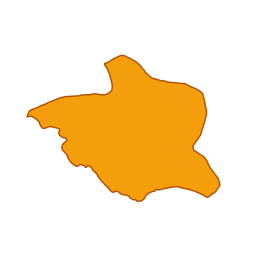 Irele, Ondo, Nigeria, rotated 101°
{"feature_id": "59680162B53064832422435", "entity_name": "Irele", "entity_type": "district", "adm_level": 2, "iso_a3": "NGA", "parent_name": "Nigeria", "parent_adm1": "Ondo", "projection": "robinson", "projection_center": [5.017, 6.506], "detail": "fine", "context": "isolated", "style": "filled", "palette": "amber", "viewbox_px": 256, "rotation_deg": 101, "n_neighbors": 0, "source": "geoboundaries", "source_scale": "gbopen_adm2", "svg_char_len": 2906}
<svg xmlns="http://www.w3.org/2000/svg" viewBox="0 0 256 256"><g transform="rotate(101 128 128)"><path d="M73.3,160.1L75.6,158.4L77.9,157.0L79.9,155.7L82.2,154.8L83.7,153.9L87.6,152.2L88.1,152.0L89.0,151.7L90.3,151.3L91.8,151.2L94.6,151.2L97.7,153.8L99.2,156.0L100.0,157.8L100.1,158.4L100.4,159.9L100.6,163.8L100.8,167.3L100.8,167.8L102.1,170.4L102.4,170.9L103.2,174.4L103.5,176.0L104.0,178.3L104.4,179.2L104.7,180.0L105.9,182.7L107.4,188.6L109.1,195.3L111.5,200.6L113.4,203.6L114.6,205.4L115.7,207.1L117.7,210.2L118.5,211.5L120.4,213.7L121.2,215.4L123.2,218.5L125.1,220.6L125.5,221.3L125.9,221.9L127.1,223.7L127.8,225.4L129.0,226.7L129.8,227.6L130.7,228.3L134.1,228.9L136.2,229.1L135.1,226.1L135.0,224.5L136.1,221.2L137.9,217.9L138.6,216.6L142.2,214.5L144.4,212.0L144.3,209.9L142.9,207.7L141.7,205.6L141.3,204.0L141.4,201.3L141.5,198.0L141.7,196.9L141.9,195.3L143.2,194.7L146.0,195.1L148.0,193.9L149.4,191.3L149.8,189.8L149.7,188.5L150.2,186.6L150.2,186.4L151.7,185.6L153.6,186.9L155.8,188.6L156.9,189.0L157.3,189.2L159.4,189.2L161.3,188.8L161.7,188.4L162.8,187.0L164.4,184.9L165.6,183.2L167.9,181.7L171.0,179.3L173.0,177.0L174.2,174.0L175.3,172.5L175.4,171.5L174.9,170.3L174.4,169.4L173.0,168.0L172.9,166.7L173.2,165.3L173.3,163.4L174.5,162.7L174.6,161.5L173.5,160.8L172.5,160.1L172.6,158.4L173.5,157.2L173.9,156.2L175.8,154.8L177.3,152.8L178.7,150.1L181.2,148.3L183.5,145.6L185.5,143.7L186.4,141.6L187.9,140.1L189.6,137.1L190.4,136.0L191.2,135.7L191.7,134.4L192.8,133.5L193.7,131.6L193.9,130.2L193.2,129.0L192.9,128.8L192.4,128.5L192.4,126.4L192.5,125.1L193.6,123.3L194.3,121.7L194.3,116.9L194.5,115.0L195.3,113.5L196.6,112.1L197.0,109.9L197.5,108.6L196.8,107.0L197.5,105.9L198.3,104.8L197.5,103.1L197.3,102.5L197.4,101.3L194.2,98.5L191.1,97.7L188.4,95.5L187.6,94.6L186.8,93.8L185.3,91.1L184.9,89.8L183.1,88.9L182.9,86.3L182.2,84.2L181.4,82.8L180.2,79.8L179.4,78.0L178.6,75.9L177.6,73.6L177.5,73.2L176.7,70.6L176.3,68.9L176.3,65.4L176.6,62.3L176.6,60.6L176.6,59.2L176.6,56.6L177.0,54.0L177.3,50.5L178.1,46.8L178.1,46.5L178.9,43.5L179.6,40.8L180.8,38.2L180.8,36.5L176.5,32.5L175.5,31.6L173.8,29.9L166.8,26.9L164.1,27.8L162.4,28.8L160.1,30.1L159.3,31.0L156.1,34.6L151.0,40.1L148.3,42.3L145.9,43.7L143.6,45.9L141.3,49.0L139.4,54.2L138.6,55.5L137.5,59.0L136.4,59.6L133.4,60.9L132.7,60.6L129.1,59.1L121.6,55.6L114.2,54.8L108.9,54.2L106.6,53.9L103.9,53.9L99.2,53.5L94.6,54.8L91.9,56.2L89.2,57.1L86.7,58.1L80.3,61.2L78.2,64.1L76.3,69.8L75.6,73.9L74.8,76.4L73.6,80.8L74.1,84.0L74.5,89.6L74.9,93.6L75.3,97.1L75.1,99.4L74.9,100.6L75.0,103.6L75.4,105.0L75.0,107.1L74.6,110.7L74.6,113.3L74.3,113.9L73.5,115.9L72.3,118.1L70.0,121.6L68.1,123.4L67.4,124.4L66.5,125.6L64.2,128.2L62.7,130.4L61.2,133.5L60.4,136.1L59.3,139.3L58.5,142.8L57.7,145.0L57.7,146.3L58.1,148.5L59.3,150.6L61.6,153.6L63.2,155.8L67.5,160.2L69.1,163.2L70.6,162.8L72.1,161.4L73.3,160.1Z" fill="#f59e0b" stroke="#b45309" stroke-width="1.5"/></g></svg>